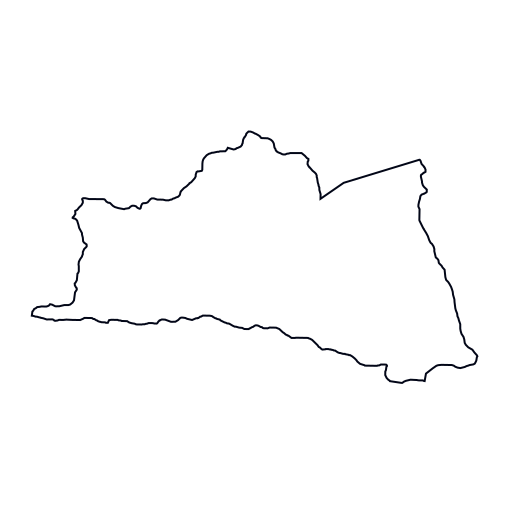 outline of Naranjo, Alajuela, Costa Rica, rotated 91°
{"feature_id": "36466004B12549595917957", "entity_name": "Naranjo", "entity_type": "district", "adm_level": 2, "iso_a3": "CRI", "parent_name": "Costa Rica", "parent_adm1": "Alajuela", "projection": "robinson", "projection_center": [-84.384, 10.105], "detail": "fine", "context": "isolated", "style": "outline", "palette": "ink", "viewbox_px": 512, "rotation_deg": 91, "n_neighbors": 0, "source": "geoboundaries", "source_scale": "gbopen_adm2", "svg_char_len": 6055}
<svg xmlns="http://www.w3.org/2000/svg" viewBox="0 0 512 512"><g transform="rotate(91 256 256)"><path d="M325.4,403.0L322.7,401.8L322.3,399.6L322.3,393.1L322.7,392.4L322.9,390.0L323.3,389.3L323.4,383.7L324.7,381.6L325.4,379.0L325.8,376.2L326.5,374.6L326.5,369.3L326.2,367.8L326.2,366.1L325.8,365.3L325.6,363.8L324.9,362.1L324.9,358.1L325.3,356.3L325.3,354.2L325.0,353.6L322.9,352.2L322.3,351.2L322.0,351.2L321.1,349.0L321.2,345.8L323.3,339.8L323.1,335.4L321.4,332.7L319.2,330.6L318.9,329.5L318.9,327.9L319.2,325.6L320.0,323.8L321.1,318.8L319.3,314.8L319.3,313.4L319.0,313.1L319.0,312.5L317.6,310.7L317.6,310.0L316.5,308.1L316.5,301.1L316.8,299.3L317.2,298.4L317.6,298.0L319.0,295.5L319.0,294.9L319.6,293.9L320.2,291.1L321.0,290.4L323.0,286.2L323.2,285.1L323.9,283.7L324.0,281.9L324.3,281.5L324.5,280.9L326.1,278.1L327.0,276.1L327.0,274.9L327.9,271.6L328.1,268.6L329.2,266.4L329.2,262.0L328.5,261.2L328.4,260.6L327.4,259.1L326.8,257.5L325.8,256.3L325.3,255.1L325.3,253.9L325.7,252.3L326.9,250.1L327.0,248.9L327.8,248.0L328.1,246.9L328.1,243.1L327.3,241.1L327.3,234.7L328.6,231.4L331.8,227.9L332.7,226.4L334.0,225.0L334.6,223.4L335.0,223.1L335.0,222.4L335.3,221.9L337.3,219.1L337.2,215.3L337.0,214.7L337.0,202.6L337.5,201.6L337.8,200.5L338.9,198.4L344.1,192.9L345.8,191.7L346.5,190.3L347.4,189.5L348.4,188.1L348.1,185.1L347.8,184.6L347.8,182.0L348.1,180.9L348.1,179.6L348.4,179.3L348.6,177.5L349.1,176.5L349.2,175.2L350.9,172.6L351.5,170.9L351.5,170.2L352.3,167.3L352.3,165.4L352.6,165.1L353.2,161.6L353.5,161.3L353.5,160.1L354.8,157.9L356.7,155.5L358.5,153.7L359.7,152.9L362.0,150.1L363.3,145.7L363.7,145.2L363.7,133.1L363.4,132.6L363.2,130.8L362.3,129.2L362.3,124.1L363.1,123.2L363.7,123.1L364.5,123.7L367.8,124.1L369.3,124.7L372.8,124.7L375.6,123.3L377.3,121.7L378.3,120.2L378.8,119.9L380.3,108.6L380.3,107.5L379.0,105.8L378.2,104.0L377.0,99.4L377.2,93.0L377.5,91.5L377.5,87.0L377.9,86.3L378.1,85.2L370.6,84.0L365.2,77.3L362.6,73.7L362.0,72.0L361.6,68.7L361.6,58.3L362.2,56.3L363.2,54.9L364.1,52.5L364.5,49.7L363.3,45.3L362.4,43.6L361.9,41.9L361.3,40.5L360.6,36.8L359.8,35.4L358.3,34.6L356.7,33.9L353.3,33.4L352.4,32.9L351.4,33.4L348.6,36.0L345.9,38.0L343.6,42.2L341.1,44.7L339.2,45.8L335.9,46.3L333.3,47.1L330.2,49.2L327.3,50.1L325.1,50.5L320.6,50.6L316.8,52.0L314.6,52.6L312.8,53.5L310.0,53.9L306.9,55.2L304.8,55.8L298.5,56.7L295.9,56.9L291.3,58.3L288.3,58.7L286.1,59.4L283.5,60.4L280.2,62.3L278.5,63.5L276.8,65.3L276.2,65.6L273.8,66.3L266.4,67.2L264.2,69.3L262.6,70.2L260.2,72.7L259.6,73.1L257.2,73.5L256.6,73.8L255.5,74.7L254.3,76.2L248.1,77.8L246.0,77.8L243.4,78.6L240.8,80.3L239.9,81.5L239.0,82.1L237.1,83.1L233.2,84.5L230.1,86.2L226.1,88.8L225.8,88.8L225.3,89.3L217.9,93.1L217.2,93.3L206.3,93.3L203.8,94.5L202.0,94.5L198.8,93.9L196.1,93.1L193.3,92.7L191.7,91.5L191.2,90.1L190.8,89.4L190.8,89.0L189.3,86.6L188.8,86.4L186.6,86.4L183.9,89.3L182.4,90.4L179.7,91.3L178.6,91.3L173.9,92.5L172.4,92.5L171.8,92.2L171.3,91.3L169.8,89.8L169.8,89.4L168.9,88.0L166.7,88.0L164.7,88.9L164.3,89.4L163.9,89.4L161.0,92.1L158.1,93.1L157.0,93.9L156.9,94.3L181.3,169.6L197.7,192.5L193.0,192.5L188.9,193.8L186.4,193.9L184.6,194.7L183.9,194.7L181.5,195.5L176.9,196.3L176.0,196.7L174.5,196.7L172.9,197.4L171.6,198.6L169.7,201.0L167.0,203.4L166.5,204.1L166.2,204.1L165.5,204.9L163.2,206.1L160.7,205.9L159.8,205.3L158.0,205.3L157.2,206.8L155.0,208.8L152.3,212.2L152.5,223.6L153.0,225.3L153.2,226.9L154.0,228.6L154.0,230.3L153.8,231.5L152.9,233.2L152.0,235.7L151.2,236.7L151.2,237.1L149.9,238.1L148.8,238.4L147.3,239.4L143.2,240.2L141.2,241.3L139.7,242.9L138.8,244.6L138.1,246.4L138.0,252.4L137.6,252.9L137.6,253.3L136.2,254.2L134.9,256.3L133.7,258.6L133.7,259.0L132.5,261.2L131.7,263.6L131.7,265.7L133.5,267.5L134.3,268.0L135.0,268.0L137.1,269.2L137.2,269.5L137.8,269.7L138.3,270.2L140.1,270.9L143.7,271.4L144.3,271.8L145.3,272.0L146.9,273.3L148.3,276.3L148.6,277.4L149.4,278.2L149.9,280.2L148.3,286.1L149.3,286.5L150.9,287.6L151.8,288.6L152.0,293.9L152.5,295.3L152.5,296.5L153.4,300.3L153.6,302.2L154.1,303.1L154.6,304.8L156.1,307.1L159.3,309.8L160.6,310.5L162.3,311.0L164.5,311.2L170.7,311.2L171.8,311.7L172.4,314.7L172.4,315.9L173.1,316.9L175.7,317.7L177.5,317.7L179.3,318.6L183.4,322.1L184.3,323.7L184.6,323.7L187.6,326.7L189.4,329.3L192.6,332.2L192.9,332.2L193.3,332.6L195.8,333.1L196.7,333.5L198.1,334.9L199.1,337.5L199.7,338.4L200.0,339.8L201.1,341.4L201.1,342.2L201.9,344.4L201.9,347.2L201.3,350.0L201.3,355.7L200.2,359.1L200.2,361.2L201.0,362.5L204.3,365.3L205.0,367.1L205.2,369.8L205.9,370.8L207.5,371.6L210.2,372.2L210.8,372.9L210.8,373.3L209.9,375.3L208.4,376.9L207.9,378.6L207.9,380.7L208.8,382.3L210.4,383.9L211.0,387.5L211.5,388.7L210.5,394.5L209.5,398.0L208.3,400.0L205.6,402.8L205.3,403.7L205.3,404.7L204.2,406.6L202.6,407.8L202.0,408.5L201.8,410.0L202.0,423.8L201.2,427.7L201.2,429.8L201.8,430.7L202.5,430.8L203.9,430.1L205.8,430.1L206.7,430.6L208.2,431.4L210.7,433.9L212.4,435.1L213.2,435.9L214.1,437.6L217.1,437.3L219.8,439.0L220.5,439.9L221.1,440.0L221.6,439.0L222.0,437.2L223.7,435.5L227.9,434.1L231.0,433.3L236.2,430.4L237.4,430.4L240.6,429.5L244.3,429.1L245.6,428.2L247.4,425.6L249.1,425.4L249.9,425.8L252.0,427.9L255.0,429.2L257.3,429.2L258.7,429.8L259.6,430.0L262.3,431.8L264.8,433.0L267.7,433.3L269.1,433.0L274.4,432.9L276.0,433.5L276.7,434.2L283.3,434.7L285.8,436.0L286.6,436.8L288.5,436.6L290.9,435.2L291.3,434.7L292.8,434.6L295.5,436.3L303.5,437.2L305.8,438.6L307.8,441.0L308.3,442.6L308.4,446.8L309.7,451.9L309.8,455.2L309.7,456.0L308.2,459.0L307.8,461.1L309.0,462.0L309.7,463.2L310.2,464.8L310.2,469.8L310.6,471.4L310.9,473.9L312.0,475.2L312.9,476.9L314.6,477.8L315.4,478.6L319.6,479.1L319.8,477.5L320.5,475.2L320.5,474.0L321.2,471.4L321.3,470.6L321.5,470.3L322.0,467.6L323.1,464.2L322.9,458.6L323.3,457.3L324.1,456.5L324.3,455.7L324.0,453.5L323.3,451.8L323.3,447.7L322.9,444.5L323.1,439.1L323.1,430.7L321.7,427.7L320.9,426.5L320.9,419.6L321.0,418.7L321.8,417.6L321.8,416.6L323.1,414.5L323.3,413.6L323.9,412.9L324.5,411.1L324.6,410.2L324.9,409.6L325.0,405.7L325.4,404.9L325.4,403.0Z" fill="none" stroke="#020617" stroke-width="2"/></g></svg>